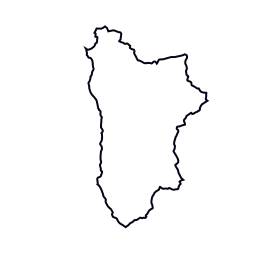 Nong Son, Quàng Nam, Vietnam, rotated 115°
{"feature_id": "81297802B33972751107769", "entity_name": "Nong Son", "entity_type": "district", "adm_level": 2, "iso_a3": "VNM", "parent_name": "Vietnam", "parent_adm1": "Quàng Nam", "projection": "robinson", "projection_center": [107.988, 15.651], "detail": "fine", "context": "isolated", "style": "outline", "palette": "ink", "viewbox_px": 256, "rotation_deg": 115, "n_neighbors": 0, "source": "geoboundaries", "source_scale": "gbopen_adm2", "svg_char_len": 5691}
<svg xmlns="http://www.w3.org/2000/svg" viewBox="0 0 256 256"><g transform="rotate(115 128 128)"><path d="M63.0,71.9L63.3,72.5L64.1,75.1L64.3,76.9L63.9,78.3L62.3,80.5L62.4,80.9L62.7,81.3L62.9,81.7L62.4,85.7L62.3,88.3L61.9,88.7L61.1,89.3L60.1,89.8L59.7,90.7L59.7,91.6L59.9,92.8L59.9,93.8L59.5,94.6L57.1,95.0L55.9,95.1L55.6,95.4L55.4,96.7L55.0,97.4L52.3,99.3L51.5,99.6L50.5,99.6L49.8,99.6L48.9,99.9L47.2,101.2L46.4,102.0L45.6,103.1L44.7,103.7L43.6,104.1L42.4,104.4L40.4,104.2L39.4,104.2L38.2,104.7L37.4,105.4L37.2,106.2L37.3,107.9L38.2,108.4L39.4,109.6L43.7,115.3L44.5,116.7L45.0,118.1L45.5,118.9L51.1,125.5L51.6,126.5L52.5,128.3L52.7,128.5L53.1,128.8L53.8,128.9L57.3,129.0L57.5,129.1L56.9,129.9L56.5,130.9L56.4,131.8L56.7,132.4L57.5,133.0L59.0,133.5L59.5,133.9L59.9,135.8L60.3,136.8L60.9,138.0L61.8,139.2L62.3,140.9L62.0,145.0L62.2,146.9L62.5,147.6L61.4,149.3L59.9,151.0L58.7,152.8L57.3,154.3L55.8,154.5L55.3,154.9L54.8,155.4L54.6,155.9L54.6,156.4L54.8,157.2L54.9,158.2L54.7,159.9L54.3,160.3L52.9,160.6L52.6,160.8L52.5,161.9L52.2,162.5L51.8,163.6L51.8,164.5L51.9,164.8L52.3,165.2L52.7,165.7L53.0,166.3L53.1,166.7L52.8,168.4L52.8,169.2L53.2,170.7L53.2,171.5L53.1,172.6L52.9,172.7L52.5,172.7L51.2,172.2L50.7,172.2L50.4,172.3L49.7,172.6L47.3,173.3L45.7,173.8L45.3,174.2L44.9,174.7L44.7,175.1L44.6,175.5L44.8,175.9L45.1,177.2L45.2,178.3L45.4,181.9L46.2,183.3L48.7,186.7L46.2,189.3L45.7,191.8L47.6,192.8L49.1,194.1L49.6,194.9L50.8,197.8L51.1,198.5L53.2,198.5L55.9,198.6L55.8,197.8L56.1,197.3L56.6,197.0L58.4,196.5L58.9,196.3L59.1,196.1L59.1,195.9L58.5,194.7L58.5,194.4L58.7,194.1L59.1,193.9L61.2,193.2L63.0,192.5L64.1,192.4L65.0,193.2L65.3,193.2L66.4,193.1L68.3,193.1L68.7,193.3L69.6,193.8L70.7,194.3L71.4,194.7L73.4,196.5L74.2,197.6L74.2,197.9L74.2,198.4L73.9,199.0L73.8,199.9L74.6,198.9L75.4,198.3L76.2,197.9L77.3,196.9L77.8,196.6L78.5,196.5L79.2,196.3L79.9,194.8L80.5,194.2L80.8,193.5L80.9,193.2L80.5,192.4L80.4,192.1L80.4,191.6L80.6,190.9L82.1,188.7L83.1,188.1L84.2,187.3L85.3,186.8L86.7,185.9L87.5,185.4L88.7,184.3L89.3,184.0L90.2,184.0L91.5,184.2L92.4,184.1L93.4,183.9L94.5,183.5L95.6,183.3L96.3,183.4L97.2,183.7L98.7,183.1L99.9,182.9L101.9,182.6L103.0,182.9L103.7,182.9L104.3,182.6L107.0,180.5L107.9,180.2L108.6,179.7L110.6,177.9L111.7,176.8L112.5,175.6L113.3,174.2L114.4,171.5L115.7,169.0L116.7,167.8L120.1,165.2L122.8,163.3L123.1,162.5L123.9,162.0L124.0,161.0L124.4,160.2L125.0,159.7L125.7,159.4L126.3,159.2L127.9,158.4L128.6,157.5L129.0,156.9L129.1,156.4L129.4,156.2L129.7,156.1L130.7,156.0L131.6,155.7L133.1,155.1L133.7,154.7L135.3,154.3L138.5,152.9L139.0,152.6L139.9,151.1L140.5,150.2L141.2,149.6L141.6,149.5L142.2,149.5L143.4,149.8L143.9,149.9L144.2,149.3L144.5,149.1L146.1,148.2L147.5,147.5L149.8,146.7L150.4,146.6L151.0,146.5L153.3,146.7L154.1,146.6L154.3,146.5L156.0,144.0L156.4,143.7L158.1,142.7L158.7,142.6L160.6,142.6L163.5,141.6L165.7,140.7L167.7,139.8L168.6,139.2L170.0,138.1L170.5,137.8L171.3,137.7L172.8,137.9L173.5,137.7L174.0,137.4L176.1,135.6L177.9,134.7L178.1,134.5L178.2,134.2L178.3,133.3L178.5,133.0L179.3,132.7L181.6,132.5L182.8,132.3L183.2,132.3L183.7,132.5L184.4,133.0L185.2,133.9L185.9,134.3L186.3,134.4L186.8,134.4L187.5,134.2L191.1,131.9L191.7,131.7L191.9,131.8L192.5,129.8L194.0,127.5L195.7,125.5L198.7,122.5L200.1,121.6L201.9,118.2L202.3,117.8L202.6,117.6L203.5,117.5L204.1,117.2L204.6,116.8L205.2,116.3L206.1,115.0L206.9,114.0L207.5,113.0L208.2,111.3L208.5,110.0L208.9,109.0L210.7,106.4L211.0,106.1L211.3,106.0L212.7,106.1L213.1,106.0L214.2,104.9L214.7,104.4L214.9,104.0L214.9,103.6L214.7,100.8L214.8,100.3L215.1,99.6L216.5,97.9L217.3,96.5L217.7,95.6L218.0,94.3L218.1,92.6L218.8,88.2L215.1,86.2L213.7,86.0L213.3,85.7L212.6,85.1L210.8,83.9L210.1,83.6L209.4,83.5L208.9,83.3L208.6,83.0L208.4,82.6L208.3,82.1L207.8,81.5L207.1,80.9L206.5,80.5L204.9,79.6L204.2,79.1L204.0,78.8L203.7,77.1L203.5,76.7L202.7,75.9L202.6,75.6L202.4,74.8L202.3,74.4L202.0,74.2L201.3,74.0L200.8,74.0L200.5,74.0L200.4,74.2L200.2,74.7L200.0,74.8L199.3,74.9L198.9,74.8L198.4,74.5L197.9,74.3L194.6,74.0L193.6,73.8L192.3,73.2L191.1,72.2L190.5,71.9L190.1,71.8L189.9,71.9L188.8,72.5L187.5,73.5L186.3,74.8L185.6,75.3L184.6,75.8L183.7,76.1L180.9,76.8L179.6,76.9L178.8,76.8L178.1,76.6L176.1,76.6L175.4,76.5L173.6,75.8L172.8,75.3L171.4,74.2L170.9,74.0L170.1,74.0L168.1,74.2L167.8,74.0L167.8,73.8L168.2,72.5L168.3,71.5L168.3,70.7L168.2,70.5L166.6,67.6L166.5,66.6L166.2,66.1L165.9,65.9L165.4,65.8L165.1,65.5L164.9,65.0L164.9,64.4L165.0,63.3L165.0,62.4L164.8,60.8L164.6,60.4L163.5,58.9L162.4,57.1L162.2,56.9L161.9,56.8L159.7,57.2L158.6,57.3L158.1,57.2L156.6,56.7L156.3,56.7L155.7,57.4L155.0,58.6L154.9,58.6L154.3,58.4L153.5,57.9L152.4,57.0L151.6,56.1L151.3,57.2L151.0,58.0L150.7,58.8L150.3,59.4L148.3,61.8L147.7,62.8L147.3,63.2L144.9,65.0L144.0,66.4L142.3,68.9L141.9,69.3L141.7,69.4L141.4,69.5L138.8,68.2L137.6,68.1L136.0,68.8L134.4,70.4L132.9,72.4L130.1,76.6L129.8,76.9L129.3,77.0L128.8,77.0L128.1,76.9L127.4,76.9L125.0,77.6L124.4,77.9L123.7,78.8L123.1,79.4L122.2,79.8L121.1,80.2L119.8,80.4L118.1,80.6L116.8,80.9L115.8,81.0L115.0,80.8L113.9,80.8L113.0,81.0L110.8,80.8L109.6,81.1L109.0,81.4L108.6,82.1L108.4,83.1L107.9,83.6L107.0,83.9L106.5,84.0L106.1,83.9L105.6,83.4L104.9,82.1L102.4,79.7L101.7,78.7L101.2,78.1L100.8,77.8L100.2,78.0L98.0,80.3L97.0,80.6L96.0,80.4L95.0,80.0L93.9,79.9L92.7,80.1L91.7,79.7L89.9,78.6L87.5,77.2L87.5,76.9L88.0,76.2L88.1,75.7L87.9,75.2L87.2,74.5L86.1,74.0L84.7,72.8L84.0,72.1L83.5,71.8L82.9,71.7L82.6,71.4L82.4,71.0L82.1,70.8L81.9,70.7L81.4,70.6L80.9,70.7L80.0,71.1L79.1,71.3L77.9,71.3L75.9,71.1L75.2,70.9L69.7,67.5L69.3,69.1L69.1,69.5L68.7,69.8L68.3,70.0L67.5,70.1L66.6,70.4L65.4,70.9L64.3,71.4L63.3,71.7L63.0,71.9Z" fill="none" stroke="#020617" stroke-width="2"/></g></svg>